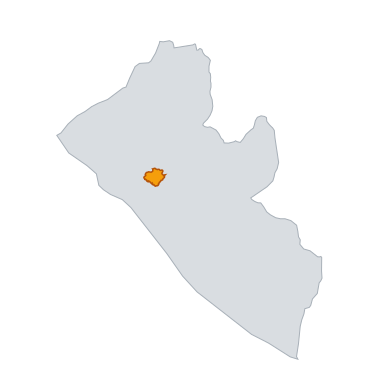 Gibi, Margibi, Liberia shown in context, rotated 10°
{"feature_id": "62588387B31480436327445", "entity_name": "Gibi", "entity_type": "district", "adm_level": 2, "iso_a3": "LBR", "parent_name": "Liberia", "parent_adm1": "Margibi", "projection": "albers", "projection_center": [-10.006, 6.564], "detail": "fine", "context": "in_parent", "style": "filled", "palette": "amber", "viewbox_px": 384, "rotation_deg": 10, "n_neighbors": 0, "source": "geoboundaries", "source_scale": "gbopen_adm2", "svg_char_len": 4636}
<svg xmlns="http://www.w3.org/2000/svg" viewBox="0 0 384 384"><g transform="rotate(10 192 192)"><path d="M49.0,159.7L52.7,156.6L58.1,146.6L65.7,136.9L72.8,131.2L78.4,125.3L84.3,120.8L92.8,115.6L105.8,101.7L108.8,100.1L110.9,90.5L114.2,78.3L117.9,74.5L126.8,72.3L128.8,70.1L132.0,61.5L134.0,51.5L134.1,49.3L137.6,49.1L143.6,46.9L147.0,47.9L148.5,50.8L149.3,53.2L167.3,47.0L168.9,45.7L169.8,45.9L172.1,51.5L173.4,51.2L174.5,49.5L175.7,49.4L177.1,50.1L178.5,52.8L180.8,55.1L184.7,56.8L187.2,59.1L186.9,65.1L187.9,70.9L189.5,72.3L190.5,75.8L190.9,79.6L191.8,81.6L192.5,85.5L192.2,89.7L192.9,92.6L195.8,97.6L197.6,104.0L197.6,108.5L196.5,113.2L194.6,117.6L191.3,122.3L191.0,124.2L193.0,125.4L196.0,125.6L198.5,124.7L204.9,126.8L208.3,129.9L211.2,133.8L213.9,135.7L215.1,138.1L219.6,137.5L224.9,135.1L226.0,134.0L227.5,134.6L230.9,134.8L233.3,130.6L235.2,125.8L239.3,120.5L241.3,118.5L241.8,115.1L242.0,110.8L243.4,107.1L246.8,105.0L250.4,105.0L252.4,105.8L253.4,109.4L256.4,112.2L258.9,114.0L260.2,114.8L262.3,117.0L264.3,124.3L272.2,147.9L271.8,154.4L270.3,158.7L270.2,162.9L269.7,167.0L265.0,173.8L250.9,187.6L252.0,188.9L255.4,190.4L258.8,191.2L261.6,190.8L265.2,194.2L269.0,198.6L273.0,200.8L278.8,202.8L283.9,203.0L288.2,202.2L294.3,203.0L300.8,206.6L303.1,212.5L304.7,217.7L306.9,220.3L307.3,224.8L311.9,228.7L318.4,229.4L327.0,234.0L329.2,233.7L330.1,233.1L331.1,234.0L333.3,247.3L335.0,254.3L334.2,257.2L333.0,259.4L333.0,270.2L329.2,276.4L328.6,283.1L327.5,285.3L323.4,287.3L323.4,292.5L322.3,298.8L321.9,305.5L323.2,322.9L323.5,335.9L325.3,338.3L317.3,337.3L293.6,327.5L275.4,321.9L214.3,289.5L197.4,276.5L177.9,257.0L134.5,217.9L124.7,211.6L112.2,208.6L104.5,205.2L99.1,201.6L94.7,190.7L83.9,184.2L63.9,175.0L49.0,159.7Z" fill="#d9dde1" stroke="#a8b0b8" stroke-width="1"/><path d="M150.2,190.4L150.5,190.4L150.8,190.3L150.9,190.5L151.0,190.4L151.0,190.7L151.0,190.9L151.6,191.1L151.8,191.0L151.9,191.4L152.2,191.4L152.3,191.5L152.2,191.6L152.4,191.7L152.6,191.6L153.0,191.7L153.3,191.5L153.6,191.8L153.7,192.1L154.0,192.2L154.2,192.3L154.5,192.4L154.5,192.5L154.9,192.6L155.1,192.6L155.3,192.3L155.7,192.1L155.8,192.1L156.0,192.1L156.3,192.1L156.5,191.9L156.8,191.8L157.1,191.7L157.4,191.4L157.4,191.2L157.5,191.1L157.5,190.8L157.6,190.6L157.8,190.5L157.9,190.3L157.8,190.1L157.7,189.8L157.6,189.7L157.8,189.4L157.9,189.2L158.1,189.0L158.1,188.8L158.1,188.7L158.1,188.4L158.2,188.1L158.5,188.1L158.6,187.9L158.7,187.6L158.8,187.5L158.8,187.4L158.9,187.2L159.0,187.2L159.3,186.6L159.4,186.4L159.4,186.1L159.5,186.1L159.8,186.0L160.0,185.9L160.5,185.5L160.5,185.4L160.6,185.2L160.8,184.8L161.0,184.8L161.0,184.6L161.1,184.4L161.2,184.1L161.2,183.9L161.3,183.7L161.6,183.4L161.8,183.1L162.0,182.9L162.1,182.7L162.3,182.5L162.3,182.3L162.2,180.5L162.3,180.3L162.3,180.1L162.6,179.7L162.0,179.9L161.9,180.0L161.6,180.7L161.4,180.9L161.2,180.9L161.0,180.6L160.9,180.5L160.8,180.4L160.7,180.3L160.5,180.1L160.4,180.0L160.3,179.9L160.2,179.9L159.6,179.5L159.3,179.4L159.2,179.3L159.1,178.4L159.2,178.2L159.3,178.0L159.4,177.8L159.5,177.5L159.7,176.7L159.6,176.3L159.5,176.2L159.4,175.9L159.2,175.7L158.9,175.6L158.6,175.6L158.4,175.6L157.9,176.0L157.1,176.2L156.8,176.2L156.7,176.2L156.4,175.9L156.0,175.5L155.5,175.4L155.3,175.4L155.2,175.4L154.4,175.7L153.8,176.0L153.4,175.8L153.3,175.7L153.1,175.7L152.7,175.7L152.2,175.6L151.8,175.2L151.7,175.2L151.3,175.1L151.0,175.2L150.9,175.2L150.7,175.3L150.4,175.5L150.2,175.6L149.9,175.7L149.9,175.8L149.8,176.0L149.7,176.2L149.3,176.2L149.2,176.2L149.4,176.5L149.6,177.1L149.7,178.2L149.6,178.5L148.7,179.3L148.4,179.6L148.2,179.7L147.6,179.6L147.4,179.6L147.1,179.6L146.8,179.6L146.3,179.7L145.6,179.7L145.1,180.1L144.7,180.4L144.2,180.5L143.8,180.7L143.5,181.2L143.4,181.3L143.2,181.8L143.1,182.3L142.9,182.6L143.0,182.9L143.0,183.0L143.5,183.5L143.6,183.8L143.3,184.3L142.9,184.6L142.5,185.0L142.4,185.2L142.4,185.3L142.3,185.5L142.1,185.7L142.1,185.8L142.1,186.0L142.2,186.4L142.3,186.5L142.5,186.6L142.7,186.9L143.0,187.0L143.2,187.3L143.2,187.5L143.3,187.8L143.5,187.8L143.7,187.7L143.9,187.6L144.1,187.6L144.3,187.8L144.5,188.0L144.6,187.9L144.8,188.0L145.0,188.0L145.3,188.2L145.3,188.3L145.3,188.6L145.5,188.7L145.5,188.8L145.7,189.0L145.8,189.2L146.1,189.2L146.2,189.3L146.3,189.4L146.4,189.5L146.5,189.5L146.6,189.4L146.8,189.3L146.8,189.2L147.0,189.1L147.0,188.9L146.9,188.8L147.0,188.7L147.1,188.8L147.3,188.8L147.5,188.8L147.5,189.0L147.8,188.9L147.9,189.1L148.0,189.2L148.0,189.3L148.2,189.2L148.4,189.1L148.5,189.1L148.8,189.2L149.0,189.5L149.4,189.7L149.6,189.9L149.6,190.1L149.9,190.2L150.2,190.4L150.2,190.4Z" fill="#f59e0b" stroke="#b45309" stroke-width="1.5"/></g></svg>